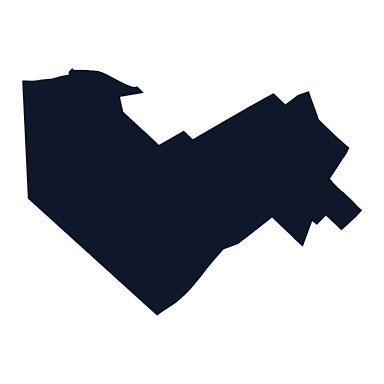 outline of Comuna 9, Ciudad de Buenos Aires, Argentina
{"feature_id": "61730980B27244915898287", "entity_name": "Comuna 9", "entity_type": "district", "adm_level": 2, "iso_a3": "ARG", "parent_name": "Argentina", "parent_adm1": "Ciudad de Buenos Aires", "projection": "mercator", "projection_center": [-58.49, -34.654], "detail": "fine", "context": "isolated", "style": "filled", "palette": "ink", "viewbox_px": 384, "rotation_deg": 0, "n_neighbors": 0, "source": "geoboundaries", "source_scale": "gbopen_adm2", "svg_char_len": 3823}
<svg xmlns="http://www.w3.org/2000/svg" viewBox="0 0 384 384"><path d="M157.1,314.6L157.5,314.3L157.6,314.2L157.8,314.1L159.6,312.8L160.3,312.3L161.9,311.1L166.5,308.1L167.3,307.6L169.2,306.3L171.1,305.2L174.0,303.2L175.0,302.5L176.0,301.8L176.7,301.1L178.2,299.8L179.9,298.4L182.3,296.2L184.1,294.7L189.7,288.9L190.4,288.1L197.1,280.1L200.7,275.8L201.4,274.8L205.5,269.4L206.7,267.9L207.8,266.6L208.7,265.4L209.6,264.3L210.5,263.3L212.6,260.7L213.3,259.9L217.7,254.9L223.1,248.7L223.6,248.5L228.4,246.8L231.5,245.6L231.9,245.5L237.6,243.4L238.3,242.9L240.5,241.2L241.1,240.7L242.0,240.0L246.4,236.7L250.8,233.3L255.1,229.9L259.4,226.5L262.3,224.2L263.8,223.1L264.9,222.2L265.5,221.7L267.2,220.4L268.1,219.7L268.5,219.3L268.9,219.0L269.5,218.6L272.1,216.4L274.1,218.4L274.7,218.9L276.5,220.7L277.5,221.6L280.6,224.7L286.3,230.0L287.1,230.8L289.9,233.4L290.1,233.6L291.4,234.9L293.2,236.6L293.8,237.3L294.3,237.9L297.1,240.5L300.3,243.4L302.1,245.0L302.5,245.3L304.9,238.7L308.4,229.2L311.1,221.9L311.9,219.8L312.4,220.3L314.1,221.6L315.3,222.5L316.2,223.3L316.8,223.8L325.9,214.5L328.2,216.7L329.9,218.2L330.5,218.8L332.3,220.5L332.6,220.8L333.3,221.5L335.0,223.0L335.3,223.3L337.8,225.7L338.8,226.7L339.4,227.3L339.7,227.6L341.4,229.2L341.5,229.3L343.3,227.6L353.0,218.7L353.6,218.2L354.8,217.1L355.0,216.9L355.3,216.6L356.7,215.1L359.5,212.1L361.0,210.3L360.9,210.3L358.5,208.1L357.5,207.2L356.6,206.3L355.8,205.5L355.7,205.4L355.0,204.5L353.1,202.5L352.3,201.7L350.8,200.2L350.7,200.1L350.5,199.9L349.1,198.5L345.8,195.5L345.1,194.9L344.7,194.4L343.9,193.6L340.7,191.1L338.7,189.2L336.7,187.4L335.5,186.1L334.7,185.3L332.1,182.6L331.7,182.1L331.4,181.8L330.9,180.9L329.2,179.3L329.1,179.1L328.9,179.0L330.0,177.3L332.5,173.4L334.1,171.0L334.9,169.8L335.3,169.2L335.8,168.5L337.4,166.1L341.6,159.5L344.1,156.0L346.7,151.8L348.4,147.9L348.2,147.7L347.6,147.3L346.4,146.4L343.0,143.3L340.2,140.7L339.4,140.1L338.4,139.3L336.7,137.7L335.9,137.0L330.5,131.8L329.8,131.1L324.3,125.9L318.3,119.9L318.0,119.2L315.1,110.9L314.8,110.1L314.6,109.5L312.8,104.6L312.5,103.7L310.7,98.7L308.7,93.1L308.3,92.1L303.0,94.0L297.8,95.9L293.3,99.5L288.9,102.7L285.3,105.4L284.3,104.4L281.9,102.2L278.0,98.4L274.3,94.8L273.4,94.1L266.1,98.1L264.4,99.0L262.4,100.2L259.3,101.9L257.9,102.7L252.4,105.7L247.5,108.5L244.1,110.5L242.8,111.2L240.7,112.4L239.7,113.0L238.6,113.6L237.1,114.5L232.7,117.0L228.7,119.3L227.5,120.0L224.3,121.8L220.3,124.1L219.9,124.4L216.9,126.1L216.6,126.3L215.8,126.8L215.2,127.1L213.8,127.9L210.2,130.0L206.8,132.0L200.4,135.7L194.7,139.0L194.3,139.2L194.1,139.2L193.6,139.5L192.5,140.1L192.0,139.7L187.1,135.0L185.9,133.8L183.6,131.7L178.6,134.6L173.6,137.4L168.6,140.3L163.7,143.1L158.7,145.8L156.1,143.3L153.7,140.9L151.3,138.6L148.8,136.4L148.2,135.8L142.5,130.6L136.8,125.3L136.2,124.8L131.0,120.0L125.3,114.7L122.6,112.2L122.4,111.7L121.3,106.5L120.0,100.7L119.2,96.9L119.1,96.3L124.6,95.3L142.4,92.4L142.1,92.1L140.2,90.3L139.2,89.4L136.9,87.1L136.2,87.6L135.6,87.6L132.9,87.6L129.9,86.6L127.2,85.6L124.5,84.4L123.7,84.1L123.2,83.8L121.6,83.0L121.5,82.9L118.3,81.3L115.1,79.6L114.6,79.3L114.4,79.2L112.5,78.2L110.6,77.2L109.3,76.5L108.9,76.3L105.5,74.5L105.4,74.5L102.6,73.3L101.9,73.0L98.1,71.8L95.6,71.5L92.9,71.2L89.6,71.1L87.3,70.7L86.1,70.7L80.4,70.6L79.4,70.6L79.0,70.6L78.6,70.6L77.7,70.7L76.8,70.7L76.5,70.7L76.0,70.6L74.8,70.6L74.6,70.5L73.8,70.4L72.9,70.3L72.4,70.1L72.1,69.4L71.6,70.1L71.4,70.4L70.7,70.6L69.7,71.9L69.3,73.0L69.5,73.6L69.9,75.4L68.3,75.5L68.0,75.5L62.0,76.6L58.6,77.4L57.5,77.8L52.8,79.2L52.5,79.3L46.2,79.9L39.9,80.5L39.1,80.9L37.6,81.0L35.9,81.2L34.9,81.3L33.7,81.4L32.0,81.5L31.2,81.5L30.3,81.5L29.4,81.4L28.3,81.4L27.9,81.3L26.8,81.3L26.0,81.3L25.8,81.3L24.9,81.2L23.4,81.2L23.0,81.2L28.5,195.6L28.6,198.2L157.1,314.6Z" fill="#0f172a" stroke="#020617" stroke-width="1.5"/></svg>